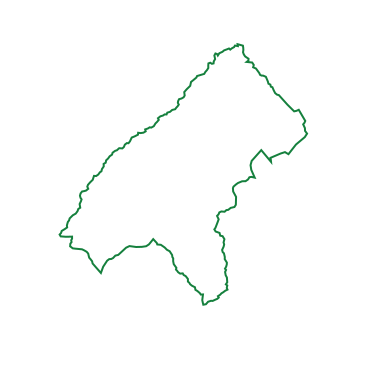 Candelária, Rio Grande do Sul, Brazil (Natural Earth projection), rotated 57°
{"feature_id": "56859067B11258082184478", "entity_name": "Candelária", "entity_type": "district", "adm_level": 2, "iso_a3": "BRA", "parent_name": "Brazil", "parent_adm1": "Rio Grande do Sul", "projection": "natural_earth1", "projection_center": [-52.807, -29.711], "detail": "fine", "context": "isolated", "style": "outline", "palette": "green", "viewbox_px": 384, "rotation_deg": 57, "n_neighbors": 0, "source": "geoboundaries", "source_scale": "gbopen_adm2", "svg_char_len": 3734}
<svg xmlns="http://www.w3.org/2000/svg" viewBox="0 0 384 384"><g transform="rotate(57 192 192)"><path d="M210.3,312.5L206.3,307.2L203.4,300.6L203.2,298.0L204.2,296.2L204.4,294.2L203.6,290.9L204.6,288.1L202.8,277.6L203.3,273.9L207.7,268.8L210.7,263.9L212.5,260.0L212.5,256.7L211.4,253.2L210.4,250.2L215.6,249.3L217.1,249.7L219.3,246.9L223.7,245.1L226.8,244.5L229.5,243.0L234.0,243.0L235.9,243.9L237.4,243.9L239.8,245.5L242.6,246.6L247.1,246.4L248.3,247.7L249.9,247.4L251.8,247.3L254.0,246.4L255.2,244.1L257.1,244.2L259.1,243.1L262.7,242.8L264.9,244.2L266.6,243.7L268.3,243.8L270.5,243.1L273.5,241.4L275.9,242.4L278.0,241.4L281.1,240.5L282.8,240.5L283.9,238.6L288.3,242.3L290.4,243.1L292.7,243.9L293.7,241.4L292.8,238.3L293.6,235.3L294.6,234.0L295.0,231.1L295.4,228.9L295.1,227.1L293.5,227.0L293.5,224.3L293.0,222.5L293.1,220.6L292.9,218.0L293.2,215.4L291.4,215.1L289.6,213.3L287.9,213.9L286.9,211.6L282.7,209.3L280.2,209.1L277.1,207.8L275.9,205.9L274.3,206.1L273.2,204.0L271.7,202.3L270.2,201.2L266.1,201.1L264.4,199.9L260.8,198.6L259.2,199.0L257.0,198.3L255.1,195.3L253.5,193.6L251.5,193.0L249.2,190.5L245.7,190.4L244.0,192.1L241.3,191.2L238.0,193.7L235.5,193.6L234.8,191.8L231.3,187.0L229.4,184.5L225.7,184.0L225.2,181.9L224.0,180.2L224.3,178.0L226.3,175.4L225.9,173.0L226.7,171.3L226.4,168.2L227.7,164.6L226.6,162.2L220.1,157.7L214.0,157.2L211.1,155.6L210.1,154.3L209.6,150.8L209.5,148.5L210.3,144.1L212.1,141.2L212.0,138.2L210.9,135.8L211.7,133.9L214.1,131.6L205.6,130.2L203.9,129.4L201.4,128.3L198.4,125.0L197.6,122.0L194.6,111.1L209.8,109.3L208.0,108.4L206.1,107.6L208.0,96.7L209.2,92.3L212.8,90.5L208.8,78.9L207.4,67.5L205.7,63.7L202.3,63.9L199.9,62.5L195.8,61.9L195.2,60.0L194.1,58.3L181.2,57.7L180.8,60.3L180.0,62.4L170.7,64.4L158.0,66.4L156.8,67.6L154.4,68.4L151.3,68.1L147.9,67.5L146.6,68.5L144.6,67.8L142.8,68.9L140.7,68.2L135.6,67.3L133.2,68.9L132.2,70.3L130.8,71.1L128.9,70.8L123.3,71.1L120.7,72.8L119.1,71.0L116.2,71.0L112.7,75.3L112.5,73.1L111.0,72.0L109.2,72.8L107.2,73.6L104.8,73.6L102.6,73.1L100.9,71.6L98.8,70.4L97.0,69.6L95.3,71.1L92.9,73.3L94.6,74.1L92.6,76.2L93.4,77.8L93.2,80.3L93.4,82.4L91.8,82.8L91.4,84.9L90.7,88.0L91.0,90.1L90.5,93.5L91.6,96.0L90.0,95.8L88.6,96.9L89.7,98.9L93.1,100.2L94.3,102.6L95.9,103.9L95.3,105.5L93.5,106.3L93.1,108.2L94.8,109.5L96.9,110.8L97.9,113.0L98.6,115.5L99.6,117.4L97.5,124.6L98.4,126.0L99.2,132.9L102.0,135.7L102.9,140.3L103.4,142.1L104.0,144.1L107.1,145.6L108.0,147.4L107.9,149.8L107.1,152.3L108.2,154.1L109.5,155.3L111.5,155.5L112.3,157.5L112.7,159.2L113.4,161.0L112.4,163.9L112.8,166.8L112.0,169.5L113.1,171.1L112.0,172.7L112.1,174.6L111.3,177.3L111.6,180.4L113.4,180.6L114.2,183.2L114.6,185.3L116.0,188.2L115.8,191.1L114.7,192.3L114.7,194.4L114.0,197.2L115.9,197.8L115.8,200.4L114.6,203.0L113.0,204.9L114.5,206.1L114.1,209.9L113.5,212.9L115.7,216.4L116.5,218.7L115.5,220.0L115.7,222.5L117.2,224.7L117.5,226.7L115.6,229.2L116.1,232.3L115.6,234.0L115.8,237.2L117.1,238.7L117.2,241.6L118.2,244.1L118.7,246.8L120.4,248.4L120.3,250.8L122.5,252.1L123.7,255.0L125.3,256.7L125.3,258.5L126.3,261.1L126.4,263.7L125.1,265.4L127.7,268.6L128.4,272.1L129.3,275.3L130.5,276.9L132.8,277.3L133.1,280.1L132.5,282.0L131.7,283.9L132.5,286.2L134.1,288.0L136.3,288.7L138.0,288.6L139.3,290.2L140.9,292.8L144.3,294.3L144.3,296.6L145.7,298.4L146.8,301.3L146.6,304.6L147.5,309.0L148.9,310.6L149.5,312.4L150.8,313.9L152.0,315.2L153.7,316.0L153.8,319.0L153.7,322.5L155.1,324.2L155.6,326.2L157.7,326.3L160.9,322.1L164.1,316.9L165.8,318.0L166.7,319.6L168.4,320.3L169.1,322.2L171.2,323.8L172.8,323.2L174.3,322.7L175.9,320.8L180.2,315.4L182.2,314.2L184.8,312.9L187.1,312.6L189.3,313.4L191.1,314.0L193.1,313.7L195.7,313.5L197.8,314.3L210.3,312.5Z" fill="none" stroke="#15803d" stroke-width="2"/></g></svg>